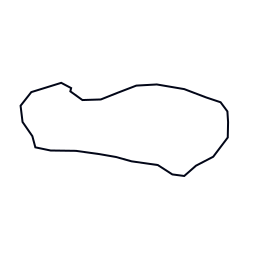 Lysekil, Västra Götaland, Sweden, rotated 255°
{"feature_id": "70781695B61994796728943", "entity_name": "Lysekil", "entity_type": "district", "adm_level": 2, "iso_a3": "SWE", "parent_name": "Sweden", "parent_adm1": "Västra Götaland", "projection": "orthographic", "projection_center": [11.489, 58.387], "detail": "fine", "context": "isolated", "style": "outline", "palette": "ink", "viewbox_px": 256, "rotation_deg": 255, "n_neighbors": 0, "source": "geoboundaries", "source_scale": "gbopen_adm2", "svg_char_len": 506}
<svg xmlns="http://www.w3.org/2000/svg" viewBox="0 0 256 256"><g transform="rotate(255 128 128)"><path d="M67.1,169.9L74.0,183.9L78.2,202.9L93.0,221.9L107.8,226.2L118.3,228.3L128.9,224.1L137.3,211.4L151.0,192.4L162.6,167.1L166.8,147.0L164.7,127.0L162.6,109.1L166.8,91.2L178.3,81.8L181.3,83.4L188.9,75.2L187.7,43.9L177.3,30.0L161.1,27.7L144.9,33.5L133.3,33.5L126.3,47.4L119.4,71.8L110.1,93.8L103.1,108.9L94.9,122.8L84.5,147.2L71.7,158.8L67.1,169.9Z" fill="none" stroke="#020617" stroke-width="2"/></g></svg>